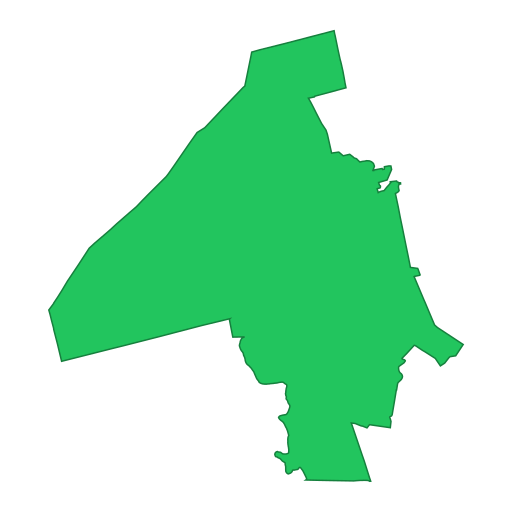 outline of Becicherecu Mic, Timis, Romania
{"feature_id": "2599482B19293630828144", "entity_name": "Becicherecu Mic", "entity_type": "district", "adm_level": 2, "iso_a3": "ROU", "parent_name": "Romania", "parent_adm1": "Timis", "projection": "albers", "projection_center": [21.043, 45.839], "detail": "fine", "context": "isolated", "style": "filled", "palette": "green", "viewbox_px": 512, "rotation_deg": 0, "n_neighbors": 0, "source": "geoboundaries", "source_scale": "gbopen_adm2", "svg_char_len": 6032}
<svg xmlns="http://www.w3.org/2000/svg" viewBox="0 0 512 512"><path d="M369.7,481.3L370.7,481.2L369.5,477.7L364.2,460.9L361.9,454.3L351.3,423.0L355.2,423.5L361.1,425.9L362.9,426.2L363.5,426.5L367.0,427.9L369.5,424.7L390.3,427.7L391.0,421.4L390.7,420.4L390.3,418.9L389.7,417.6L389.7,417.2L389.9,416.7L390.2,416.6L391.2,416.1L391.6,415.8L391.9,415.3L392.2,414.6L392.7,411.6L394.6,400.4L395.6,394.3L396.3,389.9L396.6,389.9L397.5,384.3L397.7,383.4L397.8,383.1L398.4,382.3L399.3,381.4L400.2,380.6L401.3,379.5L402.0,378.3L402.3,377.6L402.4,377.1L402.5,376.6L402.4,376.1L402.3,375.5L402.0,374.8L401.8,374.4L401.2,373.7L400.0,372.7L399.5,372.0L399.3,371.5L398.9,370.6L398.6,368.9L398.6,368.0L398.6,367.2L398.8,366.6L399.1,366.3L404.0,362.8L405.2,361.1L405.3,360.8L405.0,360.3L404.6,359.9L404.0,359.7L403.2,359.4L402.4,359.1L402.1,358.9L402.0,358.6L402.0,358.3L407.0,353.2L414.2,345.3L415.2,345.6L416.3,346.2L422.2,350.2L424.8,351.7L435.3,358.4L440.4,365.9L444.7,363.1L448.6,358.1L449.0,357.6L449.5,357.1L450.0,356.7L455.7,355.8L463.2,344.5L438.3,328.1L437.2,327.3L434.6,325.0L429.9,313.9L425.1,302.5L423.9,299.8L414.1,276.6L414.4,276.4L419.7,275.3L419.9,275.1L420.1,274.9L418.3,269.8L417.7,268.4L410.4,267.4L408.5,257.7L406.2,246.6L402.2,226.8L401.1,221.6L400.1,216.7L398.2,206.7L397.2,202.0L395.4,193.5L396.9,192.7L397.7,192.2L398.6,191.4L398.9,190.9L399.1,190.4L399.0,189.9L398.8,189.4L398.5,187.6L398.4,186.6L398.7,185.3L398.9,184.4L399.0,184.2L400.6,184.0L400.5,182.8L398.6,182.7L398.3,182.3L397.8,182.1L397.2,181.9L396.8,181.5L396.6,181.0L390.5,181.7L390.2,181.9L390.9,182.4L389.0,184.8L386.7,187.3L384.1,190.6L381.0,191.3L380.6,191.5L378.4,192.3L378.2,192.5L377.1,188.8L377.3,188.6L379.7,188.0L380.1,187.9L380.3,187.7L380.4,187.1L380.5,186.6L380.4,185.9L380.2,185.7L379.8,185.5L379.5,185.2L378.6,182.5L387.1,180.0L391.6,169.5L390.9,166.0L389.0,165.9L384.4,166.7L384.3,169.2L382.6,169.5L382.1,168.5L374.5,169.9L374.0,170.2L373.8,170.6L372.9,170.5L374.4,166.4L374.4,166.1L373.5,163.6L372.7,162.7L371.4,161.7L369.5,160.9L366.7,160.7L364.3,161.2L362.3,161.4L359.9,162.0L357.3,159.6L357.0,159.2L356.7,158.9L356.0,158.5L354.8,158.2L354.2,157.9L353.6,157.5L353.1,156.9L349.7,154.3L343.2,155.8L339.0,152.2L338.5,152.1L331.6,153.1L330.8,149.5L327.4,134.3L326.0,130.1L321.6,123.5L316.2,113.0L313.3,107.2L310.5,101.8L308.4,98.2L309.0,98.1L314.5,96.9L314.8,96.2L346.0,87.8L344.9,82.4L344.7,81.0L344.1,77.6L342.9,71.1L341.4,64.3L340.7,61.5L340.1,59.4L338.1,50.2L335.2,36.0L334.6,33.6L334.1,30.7L284.2,43.7L259.8,49.8L251.7,52.1L250.9,56.4L246.3,78.9L244.8,86.1L243.7,87.0L242.9,87.7L222.1,109.4L204.8,127.7L197.1,132.5L189.2,143.7L173.5,166.5L168.0,174.3L166.2,176.6L148.3,194.4L142.4,200.4L136.4,206.7L130.1,212.1L116.8,223.7L110.4,229.6L105.7,233.7L94.7,243.1L89.2,248.2L78.4,264.8L67.4,281.2L61.8,290.6L59.9,293.6L57.5,297.4L53.7,303.1L53.7,303.4L48.8,310.0L50.1,314.6L51.4,319.9L53.6,328.2L53.7,329.4L57.5,344.1L61.6,361.3L112.7,348.4L123.2,345.8L159.3,336.6L171.9,333.3L201.8,325.5L229.9,318.7L229.6,319.0L229.4,319.5L232.8,337.1L244.6,336.9L242.9,337.6L242.1,338.1L241.6,338.6L240.9,339.9L240.3,341.2L240.2,342.3L240.1,342.6L239.6,344.3L239.4,345.5L239.6,346.5L240.4,348.8L241.0,350.0L241.4,350.7L241.7,351.0L242.5,352.0L243.1,353.0L243.3,353.6L243.6,355.3L244.7,357.6L245.1,359.3L245.3,360.8L245.6,361.7L246.0,362.7L246.6,363.7L247.1,364.3L247.6,364.8L248.1,365.1L249.6,366.4L250.2,367.2L251.0,367.9L251.8,369.0L252.6,370.2L253.3,371.1L253.8,371.8L254.0,372.3L254.5,373.6L255.9,376.8L256.5,378.2L257.0,379.1L258.3,380.7L258.9,381.7L259.0,382.0L259.4,382.5L259.6,382.6L260.8,383.3L261.6,383.6L262.1,383.7L262.6,383.9L264.6,384.1L266.8,384.1L268.1,383.9L269.1,383.9L269.3,383.9L269.8,383.7L271.2,383.6L273.6,383.4L274.5,383.2L276.9,383.0L279.3,382.4L282.1,382.1L282.6,382.2L283.4,382.4L284.7,383.5L285.3,383.9L286.4,384.5L286.5,384.7L286.7,385.0L286.8,385.7L286.8,386.3L286.8,386.7L286.3,388.2L286.1,389.2L286.1,389.6L285.9,390.6L285.9,391.1L285.8,391.5L285.8,392.2L285.8,392.6L285.6,393.1L285.5,393.7L285.6,394.4L285.8,394.9L285.8,395.4L285.9,395.8L286.1,396.0L286.4,396.8L286.4,397.2L286.1,398.1L286.2,398.9L286.3,399.2L287.2,400.2L287.5,400.8L287.7,401.2L287.8,401.8L288.0,402.3L288.1,402.7L288.2,402.9L288.3,403.2L288.7,403.6L289.2,404.5L289.3,404.6L289.7,405.2L289.7,405.5L289.9,405.9L289.9,406.2L289.8,406.8L289.6,407.8L288.3,411.4L287.8,412.4L287.1,413.5L286.7,414.0L286.1,414.5L285.3,414.7L282.8,415.1L280.6,415.7L279.8,416.0L279.4,416.3L278.9,416.9L278.6,417.3L278.6,417.6L278.8,418.0L279.2,418.7L279.9,419.5L280.9,420.4L281.7,421.0L282.4,421.5L283.5,422.6L284.0,423.5L284.4,424.1L285.1,425.6L285.8,427.1L286.2,427.7L286.7,428.7L286.9,429.4L287.4,430.5L287.6,431.2L288.1,433.0L288.3,433.8L288.7,435.2L288.7,435.3L288.7,435.6L288.4,436.2L288.0,437.4L287.8,439.4L287.9,441.5L287.8,442.2L288.0,444.6L288.2,445.7L288.3,446.6L288.4,446.8L288.8,449.9L288.7,451.2L288.7,452.3L288.6,452.7L288.4,453.1L288.2,453.3L286.6,453.9L286.0,454.0L284.5,454.0L283.8,454.0L282.6,453.8L282.3,453.6L282.0,453.4L280.6,452.3L280.1,452.2L278.3,452.0L278.1,451.9L277.8,451.7L277.4,451.5L276.8,451.7L276.3,451.9L275.9,452.2L275.3,452.8L275.1,453.3L274.8,454.2L275.0,455.2L275.4,456.2L275.7,456.6L276.2,456.8L277.0,456.9L278.0,457.7L279.0,458.1L280.1,458.6L280.6,459.1L281.6,460.2L282.1,460.8L282.5,461.1L284.8,462.6L285.1,462.9L285.2,463.1L285.2,463.3L285.1,464.0L285.2,464.3L285.3,465.0L285.7,466.7L285.7,467.3L285.7,469.9L285.8,471.3L286.3,472.4L286.6,472.8L287.0,473.2L287.7,473.7L288.2,473.9L288.4,473.9L290.0,473.3L290.8,472.9L291.6,472.2L292.1,471.5L292.5,470.5L292.7,470.2L292.9,470.1L293.4,470.0L293.7,470.1L294.2,470.1L296.0,469.7L297.4,469.5L297.7,469.4L298.0,469.2L298.8,468.2L299.3,467.6L299.6,467.4L300.1,467.4L300.3,467.5L300.9,468.1L301.6,469.1L302.7,470.5L302.9,470.8L303.1,471.3L303.5,472.0L306.3,477.7L306.5,478.4L306.6,478.9L306.4,479.3L306.1,479.8L305.8,480.0L319.2,480.3L329.8,480.5L353.6,480.9L357.0,480.6L360.2,480.4L362.6,480.4L363.7,480.3L367.4,480.4L368.7,480.7L369.7,481.3Z" fill="#22c55e" stroke="#15803d" stroke-width="1.5"/></svg>